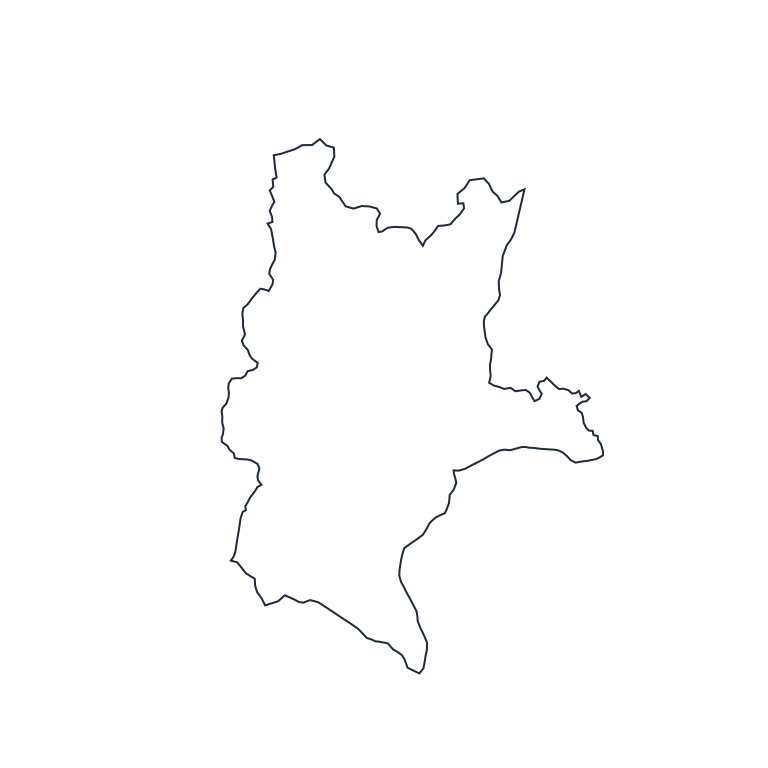 Goiânia, Goiás, Brazil (Albers equal-area conic projection), rotated 321°
{"feature_id": "56859067B64953351303571", "entity_name": "Goiânia", "entity_type": "district", "adm_level": 2, "iso_a3": "BRA", "parent_name": "Brazil", "parent_adm1": "Goiás", "projection": "albers", "projection_center": [-49.264, -16.642], "detail": "fine", "context": "isolated", "style": "outline", "palette": "slate", "viewbox_px": 768, "rotation_deg": 321, "n_neighbors": 0, "source": "geoboundaries", "source_scale": "gbopen_adm2", "svg_char_len": 4054}
<svg xmlns="http://www.w3.org/2000/svg" viewBox="0 0 768 768"><g transform="rotate(321 384 384)"><path d="M229.4,631.2L235.7,629.8L240.3,625.9L245.5,621.2L250.0,617.6L254.5,612.4L256.4,606.2L257.6,601.6L258.6,597.1L260.9,589.7L263.9,585.2L266.2,581.3L267.2,576.6L268.1,572.3L269.3,566.2L270.3,560.3L271.7,554.0L272.7,548.5L275.2,542.7L278.9,538.4L282.4,535.2L287.5,530.7L291.8,527.4L296.5,524.3L303.9,524.7L308.8,525.1L312.7,525.4L319.4,525.6L325.8,523.4L331.7,520.9L336.0,520.4L340.3,520.3L345.6,521.5L350.1,522.7L353.9,520.8L359.1,517.8L362.6,514.4L365.2,511.5L371.2,510.2L377.9,506.4L379.8,502.7L381.6,498.4L383.7,494.9L387.6,498.4L393.9,501.0L402.0,502.5L408.0,503.9L414.3,505.1L419.8,505.9L426.6,507.2L431.5,508.2L436.4,510.9L440.4,514.9L446.2,517.4L451.2,519.6L454.2,521.9L456.9,525.0L460.8,528.6L463.9,531.9L467.0,534.9L471.8,539.3L475.5,542.7L478.0,545.8L480.0,550.3L480.9,556.2L481.1,560.5L483.3,565.6L489.6,569.1L494.0,571.9L500.3,575.2L503.8,576.5L509.1,577.3L511.7,574.4L514.8,567.2L515.0,562.3L517.3,558.9L514.7,555.5L516.7,551.7L514.0,549.3L513.5,545.2L514.8,539.7L517.9,534.9L519.5,530.7L518.1,526.6L519.9,522.3L523.8,522.3L527.3,522.8L530.5,524.8L535.2,524.2L534.4,518.7L529.2,518.2L531.1,511.9L527.3,511.9L524.2,509.7L523.4,504.8L520.3,500.3L516.8,498.2L515.8,493.3L515.2,487.8L514.4,481.4L510.3,482.3L506.2,480.1L501.7,482.6L500.8,487.2L500.4,490.9L495.4,493.3L490.2,492.1L490.8,488.0L491.8,482.2L490.4,477.9L486.8,475.4L481.5,472.3L480.0,466.8L474.2,463.3L471.6,458.7L468.4,454.3L466.5,449.2L472.0,444.9L474.9,440.4L478.7,435.5L482.9,432.0L486.5,428.2L489.6,425.2L489.8,418.3L492.3,411.4L495.5,406.3L497.7,402.6L501.0,398.1L504.7,395.2L508.4,394.6L512.5,393.6L516.7,392.8L521.3,391.8L525.7,390.9L530.2,387.8L532.9,383.0L537.8,376.3L542.1,373.4L545.2,371.0L556.8,359.3L566.8,353.4L573.2,351.8L580.5,348.5L615.7,321.1L609.9,319.4L596.7,320.5L589.5,316.9L590.5,308.9L589.5,302.9L591.5,294.4L591.0,287.0L579.0,279.6L569.7,282.5L560.7,282.5L554.9,290.4L559.4,293.5L556.8,297.8L549.7,299.9L543.7,300.3L536.1,301.7L531.0,299.0L525.5,295.2L520.4,296.8L514.1,298.0L506.5,298.4L501.2,301.1L501.6,294.1L503.1,287.4L503.0,280.6L500.5,276.9L490.9,268.4L485.1,264.8L478.7,264.3L475.4,262.6L477.6,256.6L481.5,252.0L488.1,249.2L488.9,243.1L484.6,237.1L478.9,231.8L470.7,228.5L466.0,221.8L466.4,217.5L467.0,210.4L465.2,204.6L465.9,199.2L465.3,190.6L469.5,183.8L476.8,182.0L488.4,176.1L493.8,168.8L489.3,162.3L488.3,153.3L478.4,153.0L470.8,146.9L462.3,145.4L455.1,142.6L448.6,140.2L442.3,136.8L434.3,149.2L430.5,156.0L426.1,155.0L422.0,161.1L417.0,161.7L415.6,166.6L413.5,173.4L408.8,175.2L404.1,177.6L402.1,183.8L399.2,187.9L394.5,186.0L393.7,192.6L388.5,202.2L385.3,207.7L382.6,213.6L377.3,218.7L372.2,220.8L368.1,222.8L364.2,226.0L363.4,233.4L360.1,236.3L353.0,239.2L350.6,235.3L347.9,232.2L342.8,232.8L336.0,234.2L328.0,236.3L322.3,236.5L318.0,240.4L314.6,245.7L310.7,250.6L307.1,258.1L300.9,260.8L299.2,265.5L299.6,271.8L297.8,276.8L297.4,281.2L299.1,288.2L295.6,291.0L291.1,290.6L286.1,288.2L281.5,290.2L276.5,289.6L273.5,287.0L269.2,284.1L263.9,285.8L260.6,288.8L258.2,292.9L254.6,296.8L249.1,300.0L243.6,300.9L240.5,303.1L238.3,307.0L234.0,312.1L231.5,317.5L227.4,321.5L224.0,323.6L221.5,326.9L223.4,333.4L222.6,337.9L223.6,343.4L221.5,347.5L224.0,350.9L226.9,353.6L230.3,356.6L232.9,360.1L235.4,366.5L234.2,371.0L230.9,373.6L227.7,375.9L225.6,379.3L225.3,385.2L220.8,384.4L216.9,385.9L213.3,386.9L208.9,387.8L203.4,390.2L199.2,391.8L197.3,395.1L193.7,394.5L188.0,398.1L179.4,406.1L173.9,410.9L169.8,414.5L166.1,418.0L162.4,421.2L158.3,423.6L153.8,424.8L157.7,430.2L157.7,438.7L157.5,443.9L159.0,448.5L161.0,454.0L156.8,459.9L154.5,465.6L154.0,473.5L152.3,481.3L155.6,482.5L160.3,484.4L164.9,486.2L173.9,485.8L176.1,489.9L178.9,495.6L180.7,499.9L183.6,503.1L190.5,505.4L193.5,509.3L195.8,512.8L207.3,549.4L209.7,557.3L210.3,563.2L210.8,570.4L213.8,575.2L215.4,578.6L218.1,581.2L223.8,588.1L224.0,595.8L226.2,601.6L227.3,606.3L226.7,610.8L225.3,614.9L223.8,619.3L226.8,625.9L229.4,631.2Z" fill="none" stroke="#1e293b" stroke-width="2"/></g></svg>